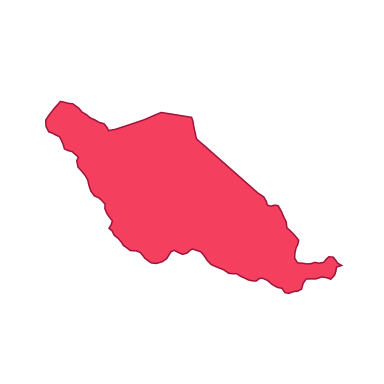 the district of Varzedo, Bahia, Brazil, rotated 335°
{"feature_id": "56859067B79843241756846", "entity_name": "Varzedo", "entity_type": "district", "adm_level": 2, "iso_a3": "BRA", "parent_name": "Brazil", "parent_adm1": "Bahia", "projection": "natural_earth1", "projection_center": [-39.391, -12.955], "detail": "fine", "context": "isolated", "style": "filled", "palette": "rose", "viewbox_px": 384, "rotation_deg": 335, "n_neighbors": 0, "source": "geoboundaries", "source_scale": "gbopen_adm2", "svg_char_len": 1958}
<svg xmlns="http://www.w3.org/2000/svg" viewBox="0 0 384 384"><g transform="rotate(335 192 192)"><path d="M89.8,65.0L87.4,70.9L87.6,77.0L90.4,79.7L92.5,82.7L95.2,85.8L95.5,89.7L95.3,94.5L94.6,99.0L97.1,102.0L100.4,104.7L102.2,108.8L103.7,112.4L100.7,115.1L99.2,121.2L100.9,126.8L102.2,132.1L102.6,136.9L101.4,142.5L100.7,148.4L101.9,154.3L104.7,157.4L106.4,160.8L108.1,166.3L106.0,170.2L105.8,175.7L106.6,180.5L107.7,184.4L105.1,187.3L101.4,189.9L103.2,193.6L103.2,198.3L105.6,203.1L106.8,207.6L107.2,211.5L109.1,214.6L111.3,219.0L116.7,221.9L119.4,224.7L120.5,228.3L121.2,231.8L123.4,236.2L125.3,239.2L129.7,241.8L135.4,242.6L140.7,241.8L144.1,239.6L147.8,237.2L151.4,237.5L153.8,240.8L157.1,244.5L161.7,245.3L165.3,244.1L168.5,243.8L170.9,246.4L174.6,249.7L175.9,254.0L176.9,260.5L178.6,265.6L181.0,268.6L183.9,271.7L187.6,275.6L191.0,281.3L194.8,283.5L197.8,284.8L200.5,289.0L203.5,292.5L205.9,295.5L208.9,297.9L212.6,299.8L216.7,298.9L219.7,300.2L223.0,304.0L225.6,309.8L229.1,314.6L232.8,317.3L233.8,322.6L237.0,324.8L241.9,325.2L246.0,326.5L250.2,326.4L254.2,321.7L258.7,319.1L263.4,321.2L267.8,323.2L273.7,323.8L277.8,326.6L280.9,329.7L286.0,327.7L288.9,324.6L291.2,321.2L296.6,321.8L294.0,318.1L293.4,314.6L292.5,310.8L288.7,308.5L284.8,309.8L281.9,311.4L277.2,310.3L273.5,307.7L269.1,307.1L265.6,305.7L262.1,303.3L257.7,300.8L257.1,295.3L259.5,290.7L263.0,286.3L265.6,284.4L268.3,280.8L267.0,275.6L265.3,270.3L262.9,264.4L264.8,258.9L264.6,253.6L264.8,247.7L264.3,240.8L261.6,238.9L257.6,238.2L254.7,235.7L255.4,231.8L255.0,226.9L251.3,220.8L247.5,212.1L222.9,155.6L220.5,150.4L218.5,145.7L221.3,133.3L222.7,128.5L223.2,124.2L210.6,115.6L197.7,106.9L193.8,106.7L179.0,106.3L168.3,105.1L152.1,103.2L148.9,102.8L142.3,101.0L142.2,97.3L141.1,92.9L137.3,89.7L134.4,85.5L131.0,81.7L129.0,77.2L126.2,73.3L124.7,68.0L121.2,61.7L116.7,58.9L114.3,56.7L111.0,54.3L101.5,58.5L95.6,61.5L89.8,65.0Z" fill="#f43f5e" stroke="#9f1239" stroke-width="1.5"/></g></svg>